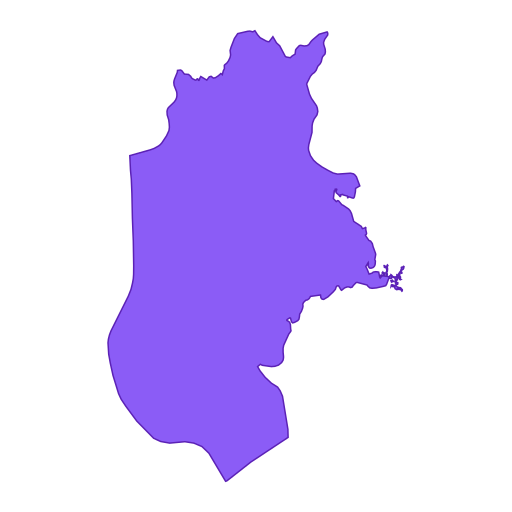 Quang Yen, Quảng Ninh, Vietnam
{"feature_id": "81297802B38356347526872", "entity_name": "Quang Yen", "entity_type": "district", "adm_level": 2, "iso_a3": "VNM", "parent_name": "Vietnam", "parent_adm1": "Quảng Ninh", "projection": "equal_earth", "projection_center": [106.908, 20.924], "detail": "fine", "context": "isolated", "style": "filled", "palette": "violet", "viewbox_px": 512, "rotation_deg": 0, "n_neighbors": 0, "source": "geoboundaries", "source_scale": "gbopen_adm2", "svg_char_len": 6046}
<svg xmlns="http://www.w3.org/2000/svg" viewBox="0 0 512 512"><path d="M288.1,437.4L287.9,429.3L282.5,396.2L280.2,390.9L277.6,387.1L271.4,383.2L265.1,377.3L260.0,370.8L257.6,366.6L260.3,364.3L262.3,365.3L271.4,366.6L274.9,366.3L278.5,365.1L281.6,362.6L283.1,360.1L283.5,357.8L283.5,356.2L283.1,352.2L283.1,348.2L283.7,345.2L288.8,334.0L290.8,331.3L291.0,330.4L290.7,329.3L290.4,324.5L289.6,322.3L288.5,321.3L286.9,320.5L287.0,319.6L289.8,317.8L290.5,318.1L291.5,321.8L292.6,322.9L294.5,322.4L297.7,320.7L298.9,319.3L299.4,316.9L299.7,314.1L301.4,311.4L302.6,308.2L303.0,306.2L302.8,304.1L303.5,302.5L305.7,300.3L307.4,299.9L309.1,298.7L310.5,296.4L320.5,295.0L320.9,297.8L322.1,299.2L323.7,299.4L327.9,296.9L333.3,291.8L335.4,289.3L336.1,287.0L337.2,285.8L338.6,285.8L341.0,289.9L341.6,290.3L344.6,287.9L347.2,286.9L348.9,286.9L350.6,287.6L352.2,287.1L353.3,285.5L356.1,282.6L357.2,282.4L367.0,285.0L368.0,286.3L369.8,287.9L372.1,288.3L376.4,287.9L383.2,286.4L385.7,285.7L386.6,284.3L389.1,277.5L389.1,277.0L388.4,276.6L382.7,275.8L381.8,276.2L380.2,278.0L379.7,277.2L378.7,272.1L377.2,271.8L375.5,271.7L373.2,272.1L372.3,273.0L369.1,274.1L367.1,269.1L365.8,266.5L368.2,262.6L368.4,263.7L368.1,265.7L368.9,267.3L369.9,268.2L371.5,268.1L373.1,267.5L374.2,266.5L374.8,265.5L375.2,264.0L375.4,261.0L374.8,259.7L375.7,254.6L375.5,253.3L373.1,246.7L372.3,243.5L370.6,241.1L368.9,240.4L365.5,235.6L365.4,235.0L366.2,234.5L366.6,233.4L365.8,229.8L365.8,227.6L365.5,227.4L364.5,228.1L362.4,228.6L361.3,226.4L353.7,221.4L351.5,213.5L350.1,210.7L348.6,209.0L343.3,205.4L341.8,204.7L338.6,200.9L337.6,200.6L336.3,201.6L333.4,198.6L334.3,191.0L334.8,191.0L335.2,189.2L336.6,189.1L336.8,189.5L336.0,191.8L336.1,192.6L338.7,194.9L340.0,196.5L340.4,196.5L340.7,196.0L340.8,195.2L340.6,194.8L342.7,194.4L343.0,194.9L347.4,196.1L347.6,197.7L348.1,197.6L348.1,196.6L352.4,198.0L353.5,198.1L353.9,197.8L354.4,196.8L355.4,191.9L355.6,188.4L359.8,185.9L356.4,176.8L354.6,174.6L353.3,173.8L350.5,173.2L337.5,174.1L333.1,173.0L327.7,170.2L321.9,166.9L316.6,163.1L313.5,160.2L310.4,155.6L308.6,150.4L308.4,147.9L308.8,144.6L312.0,132.4L312.1,125.9L312.6,122.9L314.0,119.2L317.0,114.9L317.8,111.5L317.3,108.0L316.5,105.8L311.4,98.3L309.5,94.2L306.7,84.3L306.9,83.3L310.4,76.3L312.3,74.0L314.4,72.5L316.1,70.4L317.8,66.3L320.2,63.7L321.3,61.6L322.0,58.4L322.6,56.7L325.0,54.0L325.4,51.9L325.2,49.2L323.7,44.4L323.6,42.3L324.7,39.3L327.7,35.0L327.8,33.6L327.6,32.7L327.1,31.9L319.2,34.2L312.4,40.0L311.0,41.5L308.8,44.6L307.0,45.7L304.2,46.0L300.7,45.3L299.3,45.6L296.5,48.6L295.6,49.9L295.1,54.1L292.2,55.9L290.3,57.7L286.3,57.0L285.3,56.4L279.7,45.8L276.5,42.9L272.9,36.7L269.3,41.5L269.0,41.7L267.8,41.6L266.3,41.1L260.1,37.7L257.5,34.7L254.9,30.7L252.8,31.8L249.9,31.1L247.6,31.3L237.7,33.6L234.4,38.5L231.0,47.3L230.1,50.4L230.6,54.9L230.1,57.4L228.4,61.0L226.9,63.0L224.6,64.9L224.3,65.4L224.4,68.7L223.3,70.8L222.3,74.7L220.9,73.5L218.3,75.8L215.4,77.7L213.4,78.1L211.1,76.3L209.3,76.8L206.8,80.1L200.8,76.5L199.7,78.4L199.4,79.7L198.9,80.4L198.4,80.3L197.8,78.9L197.6,78.8L197.1,78.9L195.9,80.1L195.3,80.1L192.3,78.6L191.3,77.5L190.8,76.4L188.5,74.4L184.4,74.1L181.8,70.7L180.6,70.0L177.5,70.4L177.3,72.3L174.6,78.9L174.0,80.9L173.8,82.5L174.1,85.3L176.6,91.7L176.9,93.6L176.9,96.0L176.5,98.0L175.6,100.0L174.1,102.1L168.4,107.6L167.5,109.2L167.0,111.2L167.2,115.0L168.7,119.8L169.2,123.7L169.4,127.2L169.0,130.5L166.5,135.9L161.9,142.8L160.3,144.6L158.5,146.0L154.2,148.4L150.4,149.8L129.8,155.6L130.5,170.4L131.3,179.1L131.9,193.3L132.4,217.9L133.3,241.0L133.7,266.1L133.6,274.4L133.3,278.7L132.5,283.2L131.0,289.4L128.3,296.2L111.0,330.9L109.5,334.8L108.4,339.2L108.0,342.8L108.7,354.2L110.3,363.1L113.0,375.4L118.6,393.7L121.2,399.3L125.8,406.2L136.8,421.1L153.7,438.3L160.7,441.5L169.7,443.1L184.9,441.7L193.8,443.1L201.9,446.5L208.9,453.2L225.6,481.3L226.8,480.9L228.0,480.0L250.9,462.0L288.1,437.4ZM394.0,285.3L391.8,284.6L391.3,285.1L391.1,286.5L391.7,285.8L392.1,285.7L392.7,286.6L393.5,286.5L394.2,287.0L394.6,287.0L395.1,288.7L395.7,289.1L396.3,289.1L396.5,289.6L397.6,289.5L397.7,288.6L398.2,288.3L398.5,289.3L399.0,289.1L399.5,289.5L400.4,289.2L401.9,291.2L402.3,290.8L402.3,289.6L401.2,288.6L400.6,287.7L399.9,287.9L398.7,287.3L398.2,287.7L396.4,286.1L395.8,284.9L395.3,285.1L395.0,286.2L394.5,286.0L394.0,285.3ZM394.5,277.2L393.1,276.6L392.9,276.8L393.4,277.5L394.3,277.4L395.1,278.6L395.3,279.6L395.2,282.4L395.3,282.9L396.5,284.3L397.6,284.3L397.9,283.1L397.8,282.6L397.0,282.5L396.1,281.6L396.3,279.8L396.9,280.1L397.4,279.9L397.4,279.5L396.9,279.0L397.5,278.0L396.4,276.7L396.1,277.1L395.0,276.8L394.5,277.2ZM401.7,272.1L400.5,271.2L399.4,272.5L399.1,273.3L398.2,274.3L398.6,275.8L398.4,276.2L398.0,275.5L396.9,274.9L396.9,275.4L397.8,276.4L397.4,277.5L397.8,277.4L398.4,277.9L398.4,276.5L399.4,276.4L399.8,274.9L399.7,273.6L400.2,272.2L400.7,272.3L400.7,273.0L401.6,273.3L402.0,273.0L401.7,272.1ZM403.7,268.2L404.0,266.6L403.5,266.3L402.5,267.2L401.5,267.2L401.3,267.6L401.5,269.2L401.0,269.7L400.8,270.4L401.2,270.6L401.9,270.2L402.3,269.5L403.1,269.3L403.7,268.2ZM392.2,275.8L391.5,275.0L390.9,274.6L390.6,275.7L389.7,275.9L389.6,276.6L389.9,278.3L390.8,278.6L391.5,278.4L391.8,277.5L391.7,276.8L392.2,276.3L392.2,275.8ZM387.3,271.4L387.6,268.9L387.3,267.4L387.5,266.2L387.9,265.5L387.4,264.9L387.0,265.5L387.0,267.1L386.4,268.0L386.8,270.8L386.7,271.4L387.3,271.4ZM387.0,275.8L387.3,274.9L387.1,273.2L386.6,272.2L386.2,272.1L385.9,272.8L386.2,275.3L386.4,275.7L387.0,275.8ZM383.1,272.7L382.8,272.0L382.2,272.7L382.2,273.2L383.2,273.4L384.0,275.1L384.4,275.1L384.4,272.9L383.1,272.7ZM400.4,279.3L400.5,277.0L400.1,276.5L399.4,277.2L399.4,278.3L399.5,279.2L399.9,279.6L400.3,279.8L400.9,279.5L400.4,279.3ZM392.4,280.9L392.3,280.2L390.9,280.7L391.5,282.1L393.6,281.4L393.5,281.1L392.4,280.9ZM384.9,266.2L384.5,265.6L384.1,265.6L384.4,267.3L385.4,267.7L385.8,267.4L385.9,266.9L385.5,266.3L384.9,266.2ZM381.8,276.0L382.4,275.7L382.4,275.1L381.4,274.9L380.8,275.2L380.7,275.9L381.8,276.0Z" fill="#8b5cf6" stroke="#5b21b6" stroke-width="1.5"/></svg>